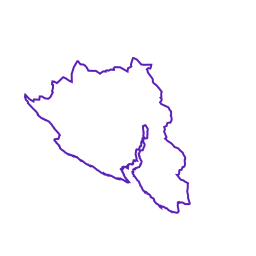 Sykkylven nor, Møre og Romsdal, Norway, rotated 224°
{"feature_id": "86288312B25663992073727", "entity_name": "Sykkylven nor", "entity_type": "district", "adm_level": 2, "iso_a3": "NOR", "parent_name": "Norway", "parent_adm1": "Møre og Romsdal", "projection": "robinson", "projection_center": [6.578, 62.336], "detail": "fine", "context": "isolated", "style": "outline", "palette": "violet", "viewbox_px": 256, "rotation_deg": 224, "n_neighbors": 0, "source": "geoboundaries", "source_scale": "gbopen_adm2", "svg_char_len": 5727}
<svg xmlns="http://www.w3.org/2000/svg" viewBox="0 0 256 256"><g transform="rotate(224 128 128)"><path d="M225.0,80.6L224.1,79.1L223.1,78.9L222.9,78.3L222.2,78.2L221.2,77.4L218.5,77.3L217.6,76.9L217.3,76.4L208.9,76.0L205.3,76.0L202.6,75.5L202.6,75.2L201.4,74.9L201.4,74.7L197.4,75.0L195.6,75.5L195.6,75.8L193.1,76.2L193.1,76.5L189.4,77.7L184.9,77.4L183.7,77.0L181.0,76.7L180.9,76.4L180.5,76.4L173.9,75.9L172.1,75.5L172.2,75.1L170.6,72.2L170.7,71.2L171.5,70.9L172.7,69.3L172.9,68.6L172.3,68.0L169.4,67.9L169.3,67.6L168.7,67.6L165.5,67.6L165.5,67.3L163.6,66.9L163.0,66.3L160.3,66.3L159.0,66.7L156.2,66.8L152.4,67.6L152.5,67.9L150.9,68.3L150.9,68.8L148.5,69.4L148.5,69.6L148.0,69.6L148.1,69.9L147.6,69.9L147.4,70.3L146.9,70.2L146.7,70.6L146.1,70.6L146.1,70.9L144.3,71.4L144.3,71.6L139.3,71.7L139.4,72.0L138.5,72.0L138.3,72.6L134.2,72.9L131.1,73.7L131.1,74.0L128.9,74.2L128.6,74.3L128.7,74.7L128.0,74.7L127.8,75.4L126.5,75.9L120.4,76.5L119.7,76.8L115.9,77.3L114.2,77.9L114.2,78.2L113.7,78.2L114.0,78.6L112.0,78.8L112.0,79.2L109.5,79.8L109.6,80.5L108.9,80.5L108.9,80.9L107.6,81.2L107.6,81.6L106.5,82.1L102.0,83.2L100.5,83.9L99.7,84.4L100.5,84.4L100.0,84.8L100.0,85.2L98.6,85.7L98.4,86.4L94.3,87.6L90.8,88.3L90.7,88.5L90.7,88.8L91.0,88.9L90.7,88.9L90.9,89.2L90.5,89.6L89.8,89.6L89.6,89.8L91.4,90.1L93.0,90.1L93.1,89.8L93.3,89.9L93.2,90.0L94.2,90.4L95.3,90.3L98.5,91.3L98.5,91.6L100.2,92.3L100.8,92.2L101.0,92.5L102.2,92.8L102.2,93.0L103.9,93.3L103.7,93.5L104.0,93.8L104.1,94.3L104.5,94.3L104.3,95.2L103.8,95.2L104.4,95.3L104.3,95.9L104.1,96.1L103.5,96.0L103.5,95.2L103.3,95.2L103.4,96.0L104.7,96.4L104.2,97.2L103.8,97.2L103.2,97.8L102.9,98.3L102.0,99.0L101.3,98.5L100.0,98.9L100.9,99.9L101.9,100.2L101.4,100.7L102.4,101.5L102.1,102.7L101.1,102.8L101.7,102.9L101.6,103.4L100.0,104.6L99.6,104.6L99.3,105.1L99.3,105.5L99.6,106.1L100.1,106.2L100.0,106.4L101.1,107.8L100.8,108.3L101.2,108.7L100.2,109.1L100.6,109.5L98.8,110.8L99.8,111.1L101.1,112.4L103.6,113.9L104.7,114.8L105.6,116.3L106.6,117.3L107.0,118.6L104.9,120.0L105.1,120.5L105.8,121.1L105.8,121.8L106.6,122.6L106.7,123.1L106.0,123.9L106.2,124.5L107.8,126.0L108.7,127.2L108.7,127.5L108.4,127.7L108.2,127.6L107.9,128.2L107.6,128.1L108.5,128.7L109.1,128.6L109.2,129.9L109.5,130.2L110.2,130.2L110.4,130.6L110.3,132.3L109.7,132.5L111.4,132.8L111.9,133.3L112.3,134.3L113.7,135.4L113.6,135.7L114.9,136.5L118.5,139.6L118.1,140.1L118.1,140.9L117.7,141.4L117.7,141.9L117.2,142.1L113.2,141.1L111.7,139.3L111.5,138.6L110.8,138.3L107.2,134.1L107.3,133.5L108.0,132.8L108.9,132.4L108.9,131.9L109.8,131.7L109.4,131.0L109.5,130.8L109.0,130.3L109.2,130.2L108.8,130.0L108.8,129.3L108.5,129.0L107.3,128.7L106.6,128.1L105.8,128.3L104.8,127.9L103.5,126.3L103.2,124.8L102.1,122.7L102.3,122.4L102.1,122.0L103.1,121.0L103.3,119.5L102.8,118.6L102.3,117.3L102.5,117.0L102.2,116.6L100.9,116.0L101.1,115.9L100.9,115.7L99.3,115.2L99.0,114.6L97.2,114.2L96.7,113.8L95.4,113.7L94.8,113.2L93.8,111.4L93.5,110.6L93.8,110.3L93.1,109.4L92.8,107.6L93.9,106.0L94.0,105.3L94.7,104.5L94.7,104.2L94.1,103.3L94.4,103.0L94.1,102.9L95.1,102.8L95.0,102.3L95.3,102.1L95.4,101.7L94.7,101.1L94.1,100.1L93.5,100.1L93.4,99.3L93.6,99.2L93.3,99.1L93.3,98.9L92.9,98.4L90.5,98.1L90.2,97.8L90.2,97.5L88.9,97.7L84.7,96.9L83.2,97.1L82.5,96.9L81.4,96.2L79.4,95.6L79.3,95.2L78.1,94.9L77.0,94.9L74.9,93.9L73.3,93.6L72.9,93.8L70.7,93.4L70.8,94.2L71.1,94.3L70.9,94.5L67.9,94.6L67.9,94.4L66.6,95.0L65.1,94.9L64.2,94.6L64.4,94.5L64.1,94.2L63.2,94.1L61.0,95.0L60.1,94.9L59.2,94.4L59.3,94.2L58.9,94.0L57.6,93.5L56.5,93.6L55.4,93.3L53.3,93.9L51.0,93.6L51.3,93.9L50.5,94.0L50.5,94.4L49.3,94.2L49.9,94.7L49.3,94.8L49.5,94.8L49.5,95.1L48.3,95.4L47.8,96.1L45.0,96.5L44.7,97.0L44.2,97.2L41.9,97.1L39.5,97.6L39.2,98.0L38.1,98.0L38.2,98.4L34.3,100.7L33.8,101.2L33.4,102.1L33.9,103.5L38.3,106.6L39.2,107.9L40.2,108.7L40.3,109.1L40.0,109.3L40.3,109.4L39.8,110.3L38.5,110.7L37.9,111.6L37.0,112.3L34.8,112.9L34.8,112.7L35.3,112.6L34.7,112.7L33.7,113.3L32.8,114.1L32.5,114.6L31.3,115.4L31.0,116.2L31.0,116.4L31.4,116.8L36.5,119.6L37.4,120.8L41.3,123.5L43.6,126.6L45.8,128.9L46.4,130.0L49.7,129.0L51.7,128.8L54.2,127.5L60.1,128.3L59.4,128.9L59.3,129.4L59.3,130.2L60.6,132.1L61.1,132.4L61.7,133.5L60.5,135.1L61.6,137.8L60.9,138.5L60.8,139.0L61.0,140.3L61.7,141.4L64.9,144.2L64.9,144.8L66.5,146.6L69.6,147.4L71.5,148.3L75.2,148.0L77.1,148.2L78.3,148.0L81.2,146.7L85.9,147.1L91.3,146.1L92.7,146.3L93.9,146.1L93.9,148.1L99.5,150.5L99.9,151.1L100.1,152.0L100.9,153.0L102.7,153.9L101.7,156.4L102.8,158.2L103.1,159.1L102.1,160.5L101.3,161.1L101.7,163.1L102.5,164.5L104.4,166.0L106.1,166.8L106.3,167.6L108.5,169.8L111.2,170.1L112.6,170.8L113.3,170.9L120.8,168.3L122.7,168.7L122.9,169.0L122.9,170.5L123.4,171.8L124.0,172.2L125.6,172.4L125.3,173.2L128.2,176.0L128.8,177.4L133.0,178.1L137.2,178.5L140.4,178.1L141.8,178.3L142.5,178.6L143.0,179.4L144.3,180.4L152.3,181.8L152.8,182.0L153.3,182.7L155.1,183.2L155.2,183.9L155.0,185.2L153.4,186.1L153.5,187.0L155.2,189.7L160.6,184.4L162.6,182.9L169.1,183.4L172.0,182.5L173.0,181.7L170.0,175.7L168.3,174.5L169.5,170.9L167.5,168.3L175.8,166.2L179.7,162.7L179.8,161.0L179.5,160.6L179.1,160.5L179.2,160.1L178.7,159.9L179.8,158.9L181.0,158.2L181.3,157.0L181.9,155.6L182.6,155.4L183.4,154.6L183.8,153.4L183.3,153.1L185.3,151.3L185.9,147.6L190.8,146.8L192.8,144.8L196.3,141.7L200.0,142.9L202.9,143.0L204.4,142.5L206.4,140.8L210.4,141.3L210.8,140.6L209.2,134.1L206.0,127.7L200.4,122.1L203.0,121.2L207.5,120.4L208.6,119.9L209.8,119.6L210.0,119.0L210.1,113.5L210.4,110.9L213.6,110.0L213.8,109.0L214.6,108.9L213.0,106.6L211.8,106.9L209.5,104.3L208.2,101.7L206.9,101.5L205.3,96.4L205.6,93.7L208.4,91.6L211.7,91.0L213.4,89.4L211.5,86.7L215.5,83.2L214.4,81.4L218.8,80.3L225.0,80.6Z" fill="none" stroke="#5b21b6" stroke-width="2"/></g></svg>